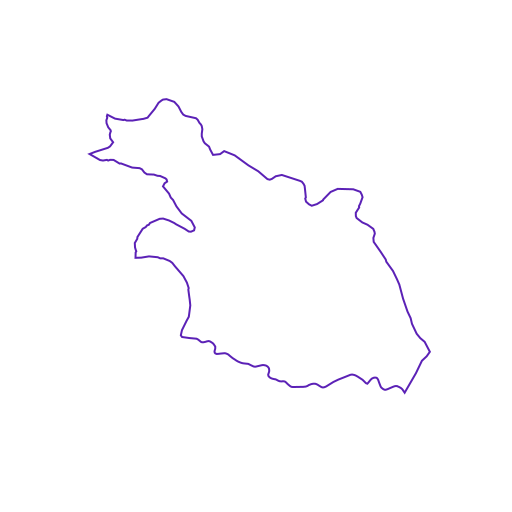 Guastatoya, El Progreso, Guatemala (Albers equal-area conic projection), rotated 209°
{"feature_id": "79465075B25176741785216", "entity_name": "Guastatoya", "entity_type": "district", "adm_level": 2, "iso_a3": "GTM", "parent_name": "Guatemala", "parent_adm1": "El Progreso", "projection": "albers", "projection_center": [-90.061, 14.852], "detail": "fine", "context": "isolated", "style": "outline", "palette": "violet", "viewbox_px": 512, "rotation_deg": 209, "n_neighbors": 0, "source": "geoboundaries", "source_scale": "gbopen_adm2", "svg_char_len": 4162}
<svg xmlns="http://www.w3.org/2000/svg" viewBox="0 0 512 512"><g transform="rotate(209 256 256)"><path d="M360.5,196.0L355.6,198.9L349.4,203.8L341.3,207.3L338.7,207.5L336.0,209.0L329.0,209.8L325.9,209.4L321.9,207.7L309.7,203.2L303.5,199.2L299.3,195.3L298.9,193.8L294.9,188.4L292.7,185.5L289.5,180.9L286.3,172.8L285.3,170.2L285.3,165.7L284.8,155.2L283.3,150.2L281.4,149.3L274.6,151.9L268.0,154.8L266.8,154.9L265.7,154.8L264.0,154.5L262.4,154.2L261.3,154.4L260.1,155.1L258.4,156.6L257.7,157.4L257.0,158.0L256.1,158.7L254.6,159.0L252.9,158.9L251.6,158.8L250.1,158.3L247.7,157.0L246.7,155.1L246.3,153.3L245.9,152.2L245.2,151.4L244.4,151.1L243.1,151.2L241.7,152.0L239.5,153.6L237.6,154.9L236.6,155.6L235.8,156.0L234.4,156.3L233.3,156.4L232.3,156.4L231.1,156.1L227.8,155.5L226.3,155.3L224.3,155.2L222.4,155.0L220.3,155.0L217.7,155.3L216.2,155.6L215.0,156.0L213.3,156.7L211.2,157.6L210.4,157.9L207.6,158.0L204.6,158.2L203.7,158.5L202.6,159.1L200.4,161.1L198.1,163.2L197.2,163.9L196.2,164.4L194.3,165.0L193.0,165.0L192.2,164.9L191.3,164.6L190.2,164.0L189.5,163.1L188.7,161.9L188.4,160.9L188.1,159.5L187.9,158.3L187.5,157.7L186.8,157.0L185.3,156.5L184.0,156.4L182.9,156.5L181.9,156.7L180.9,157.0L179.9,157.3L179.2,157.6L178.1,157.7L176.5,157.7L175.4,157.8L174.4,158.0L173.3,158.5L172.5,158.9L171.8,159.5L170.6,160.0L169.5,160.2L168.5,160.0L167.1,159.6L166.0,159.3L164.5,159.0L163.4,158.8L162.5,158.7L161.4,158.8L160.2,159.3L151.2,164.5L149.2,165.9L148.5,166.7L147.9,167.4L147.4,168.5L146.5,169.6L145.6,170.7L144.2,171.9L142.5,172.9L141.2,173.2L139.8,173.3L138.4,173.2L136.2,173.1L135.2,173.1L134.1,173.3L133.4,173.7L132.8,174.2L131.9,175.2L131.4,175.9L127.2,183.4L124.0,187.9L120.7,191.9L116.7,196.8L116.0,197.7L115.3,198.3L114.5,198.9L113.3,199.3L112.3,199.6L110.9,199.8L108.5,199.8L105.7,199.6L102.8,199.4L101.4,199.0L99.9,198.6L99.0,198.3L98.1,198.1L96.7,198.3L96.3,200.1L95.8,203.0L95.3,204.8L94.2,206.4L93.1,207.3L92.0,207.8L91.2,207.9L90.3,207.6L89.1,206.9L87.1,205.1L85.2,203.5L84.0,202.5L83.3,202.0L82.6,201.7L81.7,201.5L80.6,201.3L79.4,201.3L78.3,201.5L77.6,202.0L76.3,203.4L74.7,205.5L72.6,208.2L71.9,209.0L71.2,209.7L70.5,210.1L69.6,210.6L67.1,210.8L65.5,210.8L64.3,210.6L63.2,210.3L61.7,209.5L60.5,208.9L59.7,208.5L59.7,209.5L59.3,231.0L60.1,244.8L58.1,251.0L57.5,256.5L66.9,262.7L72.5,263.8L77.8,265.9L86.7,272.3L90.6,276.6L96.6,280.9L106.7,290.0L116.8,300.5L121.4,304.0L128.9,309.3L139.3,314.2L140.8,315.8L149.2,320.2L159.9,325.4L162.1,328.7L162.9,333.1L164.1,334.6L166.6,336.6L173.6,337.4L179.3,336.9L186.4,338.0L188.0,339.3L189.7,342.2L189.3,348.5L190.1,349.5L190.2,352.3L191.3,359.1L193.2,360.9L195.9,362.7L203.3,361.5L217.1,354.3L221.8,348.2L224.6,337.9L224.4,337.2L227.8,331.0L231.6,327.0L234.7,326.9L238.6,327.8L240.8,330.1L240.8,331.4L245.7,338.4L247.5,340.9L249.3,342.1L251.9,343.2L254.1,343.0L272.7,339.4L277.4,335.3L279.5,331.1L281.0,329.4L283.3,328.8L295.1,331.2L306.6,331.6L323.4,333.7L334.7,332.3L336.8,327.7L342.6,323.6L347.7,326.9L350.1,328.9L355.4,329.8L357.4,330.8L361.4,334.3L362.7,336.6L364.4,340.9L366.5,343.4L367.9,344.3L370.0,345.0L373.1,346.9L375.3,347.4L385.5,344.4L388.2,344.4L391.2,345.8L396.3,349.2L402.2,351.2L410.3,349.8L413.2,347.7L414.1,346.1L415.5,342.8L415.9,335.6L417.6,326.4L417.9,324.4L421.0,321.3L422.1,320.5L429.8,314.5L434.8,311.8L437.0,311.5L437.9,310.6L445.9,307.8L454.5,307.5L454.2,305.9L453.1,304.8L452.7,302.2L451.1,299.7L447.6,296.9L444.1,295.5L443.4,294.6L443.3,293.4L442.7,291.2L440.5,288.2L436.1,286.2L436.8,281.1L438.0,278.8L447.1,269.2L451.0,264.5L439.0,264.3L436.1,265.3L433.0,267.8L431.6,267.8L430.2,269.4L427.1,271.0L420.1,270.7L419.0,271.5L407.2,273.3L400.4,276.4L397.8,276.5L394.1,274.9L391.0,274.6L384.8,277.7L381.0,278.4L378.7,279.5L372.9,280.0L371.3,279.6L369.8,278.0L371.2,275.3L371.1,271.8L362.3,268.4L358.9,265.8L355.7,264.8L349.6,260.8L341.6,257.2L329.6,255.4L323.4,251.3L322.6,248.4L324.7,245.7L326.7,244.8L331.6,245.2L341.4,245.0L343.5,245.2L349.3,244.9L355.4,243.7L358.3,241.8L364.7,233.5L364.9,231.3L366.1,230.0L366.5,227.8L368.3,224.9L368.9,215.1L368.2,213.5L368.3,208.6L366.0,204.9L364.1,203.0L363.0,202.1L363.0,200.8L360.5,196.0Z" fill="none" stroke="#5b21b6" stroke-width="2"/></g></svg>